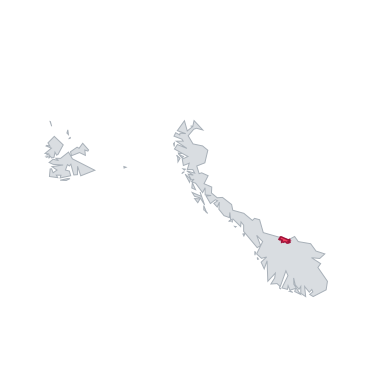 Engerdal nor, Hedmark, Norway shown in context, rotated 286°
{"feature_id": "86288312B32893116539202", "entity_name": "Engerdal nor", "entity_type": "district", "adm_level": 2, "iso_a3": "NOR", "parent_name": "Norway", "parent_adm1": "Hedmark", "projection": "orthographic", "projection_center": [11.825, 61.975], "detail": "fine", "context": "in_parent", "style": "filled", "palette": "rose", "viewbox_px": 384, "rotation_deg": 286, "n_neighbors": 0, "source": "geoboundaries", "source_scale": "gbopen_adm2", "svg_char_len": 5041}
<svg xmlns="http://www.w3.org/2000/svg" viewBox="0 0 384 384"><g transform="rotate(286 192 192)"><path d="M218.3,189.4L211.6,193.8L213.1,196.0L212.1,203.0L203.3,201.3L202.2,209.6L196.4,211.0L193.4,217.8L195.2,222.8L190.9,233.5L185.7,236.2L185.8,247.7L181.3,257.9L183.9,259.4L184.0,264.6L172.6,271.7L172.6,297.8L177.5,302.9L173.6,307.8L175.0,320.3L169.4,327.5L169.1,336.7L163.3,333.1L161.8,325.0L158.6,335.4L154.2,333.8L143.5,346.8L134.9,347.9L124.9,337.3L126.0,333.4L129.3,335.7L131.3,334.0L128.0,332.4L132.2,326.3L122.8,330.1L124.6,324.5L131.2,322.6L127.9,321.7L131.2,316.8L137.4,313.4L131.4,315.3L123.5,324.4L124.6,318.2L127.9,318.1L124.6,313.2L128.4,310.2L124.7,310.6L124.6,304.9L138.1,307.3L142.1,304.0L125.4,302.9L127.4,299.0L125.3,293.2L132.2,295.2L137.0,294.5L127.1,289.5L146.6,283.1L138.0,282.6L143.6,277.8L150.1,281.7L147.4,277.1L150.3,271.2L163.8,273.6L168.2,266.1L159.4,272.7L156.5,270.0L168.4,252.5L174.4,250.8L176.7,247.4L172.2,248.3L177.3,238.9L175.8,236.9L182.8,234.0L177.7,235.0L178.1,229.3L182.8,222.6L189.8,221.1L184.5,220.4L187.1,216.1L190.6,219.0L191.0,216.6L186.0,212.9L192.0,206.7L193.9,211.4L192.9,205.4L199.7,203.4L194.3,202.4L201.4,193.1L201.8,188.7L204.9,190.5L203.4,188.2L208.1,183.4L208.5,188.6L210.8,181.1L210.9,189.4L213.7,186.6L212.3,181.3L218.9,181.4L215.1,176.4L220.9,173.6L225.0,178.3L228.5,163.3L233.6,164.9L232.5,175.1L236.5,162.9L238.5,169.5L240.0,167.7L240.7,159.3L244.5,160.0L243.5,164.5L245.2,164.2L246.4,169.9L246.9,161.0L258.4,165.1L249.4,170.6L255.1,174.7L261.2,174.3L254.6,185.3L254.5,178.8L252.9,176.4L245.0,172.8L238.5,179.7L239.2,189.5L236.5,195.7L223.6,196.3L218.3,189.4ZM181.0,46.5L185.2,49.5L185.4,55.0L186.9,51.9L188.1,56.4L196.3,62.3L190.9,67.9L186.1,92.6L176.9,80.6L185.2,74.9L177.1,77.1L175.8,73.7L185.3,67.9L183.2,66.9L184.0,64.7L178.2,64.3L178.3,68.4L174.2,70.9L169.2,61.4L172.0,61.4L170.8,56.9L168.8,59.0L167.6,50.7L175.0,49.3L175.6,50.6L172.2,53.2L175.9,56.2L177.8,50.4L182.4,60.7L180.3,51.0L181.0,46.5ZM188.6,40.1L195.4,44.8L196.0,39.0L196.8,39.5L197.0,42.7L199.5,40.0L207.5,44.3L201.8,55.2L191.4,52.9L190.1,51.7L192.5,49.3L187.4,49.8L186.0,47.7L187.3,46.1L184.9,44.9L188.3,44.9L187.6,42.1L189.1,43.3L188.6,40.1ZM197.2,64.1L203.4,69.2L202.9,71.4L208.7,73.5L203.9,81.0L202.6,80.6L202.8,77.4L197.8,79.4L198.9,73.0L193.7,66.2L197.2,64.1ZM190.4,202.2L194.2,199.8L183.0,207.7L188.6,201.6L188.6,195.6L191.6,192.3L190.4,202.2ZM195.8,190.7L201.0,189.8L195.2,194.8L195.8,190.7ZM200.6,187.0L207.3,180.5L204.1,186.9L200.6,187.0ZM167.0,62.0L170.4,68.3L171.2,71.0L168.4,67.9L167.0,62.0ZM186.4,196.3L187.6,201.6L183.3,200.5L186.4,196.3ZM223.2,167.0L221.1,171.2L217.1,170.2L221.3,168.8L223.2,167.0ZM224.2,169.6L223.8,174.1L221.9,173.2L224.2,169.6ZM178.0,208.3L182.2,207.0L177.7,210.6L178.0,208.3ZM220.7,36.4L216.5,39.0L220.7,36.1L220.7,36.4ZM214.2,55.5L217.5,55.5L213.1,57.4L214.2,55.5ZM230.9,162.4L233.4,160.9L234.5,161.5L230.9,162.4ZM225.8,168.1L225.7,170.6L224.6,168.7L225.8,168.1ZM211.8,176.9L212.1,179.3L210.9,178.6L211.8,176.9ZM197.7,119.5L197.6,121.8L196.3,120.1L197.7,119.5ZM211.3,60.0L209.8,60.0L209.5,59.2L211.3,60.0ZM165.7,252.5L166.6,254.4L164.0,254.0L165.7,252.5ZM206.8,177.1L208.4,177.8L209.4,179.1L206.8,177.1ZM185.5,42.0L186.2,43.4L185.3,43.0L185.5,42.0ZM151.7,269.8L148.6,269.9L151.9,268.9L151.7,269.8ZM147.1,272.8L145.8,274.4L145.4,273.5L147.1,272.8ZM177.1,211.1L175.7,213.0L177.2,209.8L177.1,211.1ZM123.9,313.9L123.3,316.6L123.4,313.1L123.9,313.9ZM174.7,237.3L174.0,235.7L174.9,235.8L174.7,237.3ZM255.1,172.4L255.4,174.3L255.2,174.0L255.1,172.4ZM175.5,238.8L173.8,239.1L175.8,238.4L175.5,238.8ZM170.7,242.4L170.9,243.9L170.1,243.4L170.7,242.4ZM124.2,302.6L123.2,304.2L123.5,302.9L124.2,302.6Z" fill="#d9dde1" stroke="#a8b0b8" stroke-width="1"/><path d="M168.4,292.0L168.6,292.2L168.7,292.4L168.9,293.1L168.9,293.5L169.0,293.5L169.1,293.8L169.2,294.0L169.4,294.4L169.6,294.7L169.6,294.8L169.7,295.1L169.8,295.5L169.8,295.8L169.8,296.0L169.7,296.2L169.7,296.3L169.6,296.5L169.4,296.8L169.2,296.9L169.2,297.0L169.1,297.4L169.1,297.5L169.2,297.8L169.2,298.0L169.4,298.3L169.4,298.5L169.5,298.6L169.7,298.8L169.8,298.9L169.8,299.0L170.0,299.3L170.3,299.5L170.4,299.8L170.5,299.9L170.6,299.7L170.6,299.4L170.5,299.2L170.7,298.8L170.7,298.4L170.9,298.1L171.3,299.2L171.5,299.5L171.7,299.4L171.8,299.5L171.8,299.4L172.0,299.4L172.3,299.3L172.9,299.2L173.0,299.2L173.4,299.0L173.4,298.9L172.5,297.8L172.5,297.7L172.7,296.2L172.7,295.8L172.8,295.7L172.9,294.5L173.0,293.7L173.1,293.3L173.1,292.9L173.1,292.7L173.2,292.3L173.3,291.6L173.4,291.1L173.5,290.2L173.2,289.3L172.9,289.3L172.7,289.4L172.7,289.5L172.4,289.6L172.2,289.5L172.1,289.4L172.0,289.2L171.9,289.1L171.7,289.1L171.5,288.9L171.4,289.0L171.4,288.9L170.5,288.7L170.5,288.8L170.6,289.0L170.4,289.0L170.4,289.3L170.3,289.5L170.2,289.6L170.5,290.2L170.6,290.5L170.6,290.8L170.6,291.2L170.6,291.3L170.6,291.6L170.6,291.8L170.6,292.0L170.4,292.1L170.3,291.9L170.2,291.8L170.2,291.7L169.8,291.5L169.6,291.5L169.4,291.8L169.2,291.8L168.8,291.9L168.7,291.9L168.4,292.0Z" fill="#f43f5e" stroke="#9f1239" stroke-width="1.5"/></g></svg>